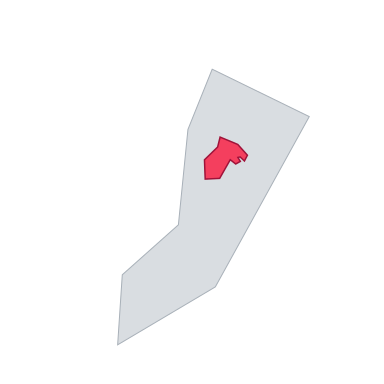 where Bel Air sits in Seychelles, rotated 61°
{"feature_id": "SYC-5206", "entity_name": "Bel Air", "entity_type": "state/province", "adm_level": 1, "iso_a3": "SYC", "parent_name": "Seychelles", "parent_adm1": "", "projection": "mercator", "projection_center": [55.454, -4.638], "detail": "fine", "context": "in_parent", "style": "filled", "palette": "rose", "viewbox_px": 384, "rotation_deg": 61, "n_neighbors": 0, "source": "natural_earth", "source_scale": "10m", "svg_char_len": 494}
<svg xmlns="http://www.w3.org/2000/svg" viewBox="0 0 384 384"><g transform="rotate(61 192 192)"><path d="M286.3,217.6L289.6,331.1L230.6,293.1L214.1,219.8L135.3,165.2L94.4,114.8L182.9,52.9L286.3,217.6Z" fill="#d9dde1" stroke="#a8b0b8" stroke-width="1"/><path d="M186.7,125.7L190.3,131.1L184.7,132.9L184.0,135.1L188.7,134.9L188.7,140.2L182.3,142.9L193.5,161.2L187.1,174.2L169.9,165.5L165.1,147.8L157.6,140.8L172.6,128.9L186.7,125.7Z" fill="#f43f5e" stroke="#9f1239" stroke-width="1.5"/></g></svg>